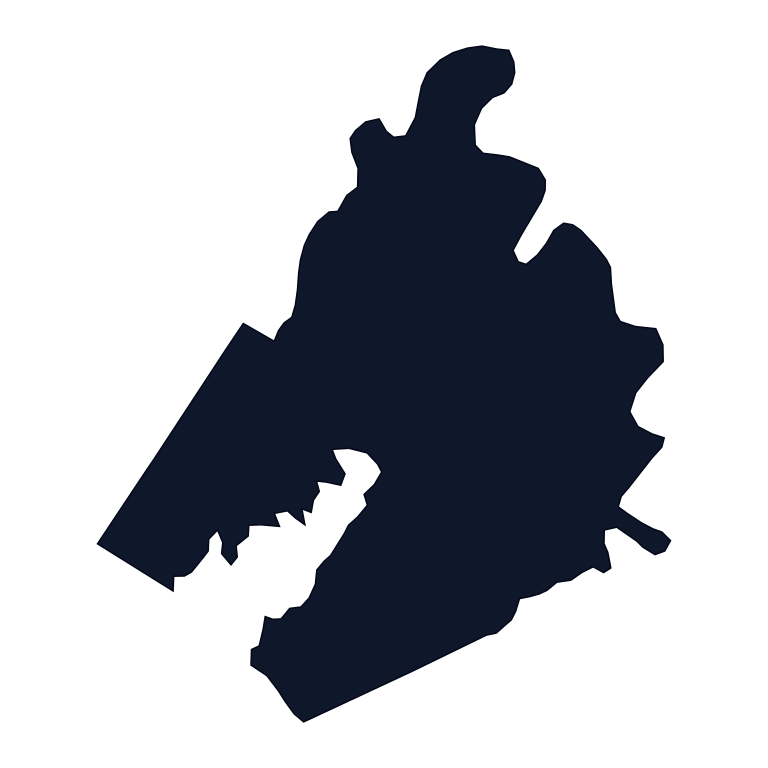 Fênix, Paraná, Brazil (Natural Earth projection)
{"feature_id": "56859067B81094551622524", "entity_name": "Fênix", "entity_type": "district", "adm_level": 2, "iso_a3": "BRA", "parent_name": "Brazil", "parent_adm1": "Paraná", "projection": "natural_earth1", "projection_center": [-52.026, -23.893], "detail": "fine", "context": "isolated", "style": "filled", "palette": "ink", "viewbox_px": 768, "rotation_deg": 0, "n_neighbors": 0, "source": "geoboundaries", "source_scale": "gbopen_adm2", "svg_char_len": 2278}
<svg xmlns="http://www.w3.org/2000/svg" viewBox="0 0 768 768"><path d="M582.0,572.4L593.2,566.8L603.6,572.6L610.8,568.0L607.8,552.4L604.0,543.6L604.3,530.0L616.8,527.2L624.2,532.4L636.9,541.2L642.9,547.2L655.0,554.6L664.8,551.0L670.5,540.6L661.8,532.0L652.8,528.8L641.4,522.8L627.2,513.4L618.2,506.8L621.2,496.4L628.9,487.4L652.0,457.9L661.8,447.1L664.2,437.9L652.0,433.9L637.9,426.5L629.7,411.7L635.8,392.7L647.5,377.9L663.2,361.5L662.9,344.9L655.8,328.7L644.3,327.5L635.3,326.5L620.2,321.5L615.2,312.6L611.4,284.2L610.4,267.4L606.2,259.2L596.8,247.4L580.9,230.4L572.7,224.8L563.7,223.2L553.8,230.4L546.4,243.4L537.4,255.0L526.2,264.4L518.2,261.8L513.0,250.4L521.2,235.0L533.1,215.0L541.3,201.2L545.1,190.4L545.3,180.0L538.3,168.4L509.5,156.9L497.1,154.9L483.0,153.3L475.2,145.1L474.3,124.7L481.5,108.3L492.4,97.5L504.0,92.9L511.7,84.1L514.7,72.7L513.8,61.9L508.8,50.3L497.1,49.1L482.0,46.1L467.5,48.1L452.9,52.7L440.4,59.9L427.2,72.7L421.5,86.1L418.5,101.1L415.4,117.5L405.7,135.9L393.7,137.3L386.3,131.3L379.1,118.9L365.7,121.9L355.4,130.7L350.2,138.5L351.9,152.3L358.1,168.4L357.6,187.2L346.8,195.4L337.8,211.4L329.1,212.0L317.7,221.6L309.4,234.4L304.4,245.2L300.5,259.6L298.7,272.6L297.5,289.6L295.3,305.4L291.8,317.3L284.1,322.9L278.6,330.5L274.2,341.3L243.3,323.5L224.4,351.7L218.4,360.9L152.8,460.9L147.1,469.2L97.5,543.8L173.1,591.0L173.7,576.2L184.5,576.0L191.5,572.0L202.7,558.2L208.2,551.0L208.7,539.2L217.6,530.0L222.8,542.6L221.6,553.6L231.0,564.8L237.3,557.0L236.1,545.8L248.2,536.0L248.8,525.2L261.4,524.8L279.5,526.4L274.3,513.4L287.5,510.8L295.7,518.2L304.9,524.8L301.9,508.8L311.2,512.4L313.4,500.2L319.3,491.4L316.4,481.0L325.8,482.0L340.8,485.2L345.0,473.8L335.7,458.9L332.1,449.3L348.9,448.3L367.1,452.9L377.6,464.1L381.7,472.0L374.3,484.6L364.1,494.4L367.4,505.2L357.6,517.0L348.5,525.2L344.4,533.4L337.0,545.2L330.5,555.6L324.1,561.2L316.8,570.0L315.4,584.2L309.1,598.0L300.9,607.0L289.7,608.4L281.1,618.9L272.9,619.3L265.2,616.6L263.1,629.5L259.2,645.9L251.5,649.5L251.0,665.1L266.9,675.7L278.6,691.1L285.0,701.3L294.0,713.7L303.6,721.9L413.3,670.7L486.4,635.1L496.2,633.1L504.8,625.5L511.3,619.9L515.6,611.4L519.5,598.6L529.7,596.6L539.1,594.0L546.9,590.4L556.8,582.2L570.8,580.2L582.0,572.4Z" fill="#0f172a" stroke="#020617" stroke-width="1.5"/></svg>